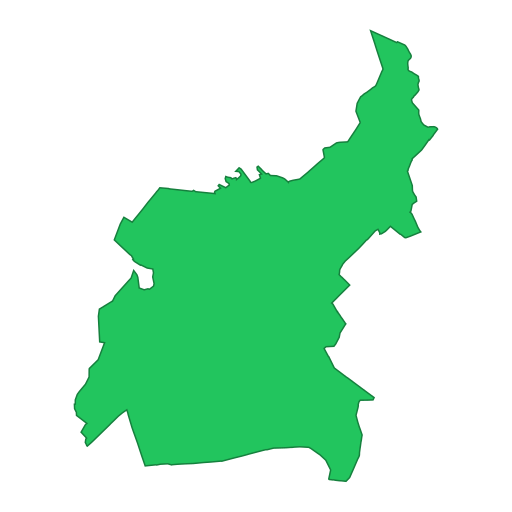 Varakļānu pag., Varaklanu, Latvia
{"feature_id": "27541924B80476747550323", "entity_name": "Varakļānu pag.", "entity_type": "district", "adm_level": 2, "iso_a3": "LVA", "parent_name": "Latvia", "parent_adm1": "Varaklanu", "projection": "albers", "projection_center": [26.71, 56.607], "detail": "fine", "context": "isolated", "style": "filled", "palette": "green", "viewbox_px": 512, "rotation_deg": 0, "n_neighbors": 0, "source": "geoboundaries", "source_scale": "gbopen_adm2", "svg_char_len": 5827}
<svg xmlns="http://www.w3.org/2000/svg" viewBox="0 0 512 512"><path d="M111.8,301.5L99.4,309.1L98.4,316.2L99.7,341.9L104.6,342.7L98.2,359.7L96.5,361.4L89.4,368.4L89.2,369.0L89.1,377.0L86.1,383.0L85.5,384.2L79.3,391.6L77.3,394.4L75.3,399.9L75.3,404.1L74.4,404.2L74.6,408.7L76.4,412.3L76.5,415.4L86.9,423.4L85.4,424.7L81.1,432.2L86.6,438.1L85.8,439.1L85.3,442.4L86.5,444.8L86.7,445.6L87.3,446.1L89.7,444.0L91.5,442.4L93.4,440.6L109.7,424.7L110.6,423.7L112.5,421.9L118.4,416.1L120.5,414.4L122.7,412.6L124.9,411.1L126.8,409.8L127.4,411.7L127.8,412.8L128.2,414.7L128.9,417.0L130.9,423.7L131.9,427.1L133.1,430.6L137.5,442.9L141.6,455.4L145.2,465.9L155.8,464.8L156.6,465.0L160.4,464.2L167.8,463.8L171.7,464.9L172.1,464.7L177.9,464.2L185.5,463.8L193.2,463.5L203.6,462.5L210.8,462.0L220.9,461.1L221.8,461.2L233.5,458.1L238.7,456.8L241.6,456.1L247.5,454.5L248.0,454.3L262.1,450.6L265.7,449.7L267.2,449.7L273.6,448.1L283.6,447.8L286.3,447.7L291.7,447.3L291.8,447.4L294.2,447.1L299.9,446.8L308.8,447.3L311.1,448.6L317.6,453.2L320.1,454.9L325.5,459.9L325.8,460.2L330.6,469.8L330.6,470.0L330.6,470.3L328.8,478.8L328.8,479.1L329.3,479.5L331.2,479.7L332.5,479.9L333.2,479.8L335.9,480.3L339.4,480.7L341.5,480.8L345.1,481.2L346.0,481.3L346.1,481.2L349.3,477.9L349.7,477.4L353.8,468.1L357.8,458.8L357.9,458.6L358.2,458.1L359.0,456.5L359.4,455.1L359.5,452.4L360.1,447.9L360.4,446.1L361.0,441.5L361.2,441.0L361.7,437.3L362.1,435.0L362.0,434.7L360.2,429.4L359.2,426.7L357.7,421.9L356.0,415.3L358.0,407.4L358.3,405.6L358.2,404.4L359.0,401.7L360.2,400.2L367.9,400.1L373.0,399.9L374.1,397.6L361.4,388.2L348.0,378.2L347.9,378.1L346.3,377.1L334.3,368.0L328.7,356.6L328.4,356.5L324.1,348.5L324.2,348.3L326.1,346.7L333.9,346.3L335.7,344.0L339.2,337.3L340.0,333.0L343.9,326.8L344.6,325.6L345.8,323.9L345.5,323.7L344.7,322.3L344.1,321.5L342.3,318.8L342.2,318.7L341.7,318.0L341.0,317.1L339.9,315.3L337.7,312.2L337.6,311.9L337.4,312.1L336.8,311.0L333.0,304.3L332.6,303.8L331.7,303.1L339.7,295.0L349.7,285.1L344.7,280.0L343.9,279.3L341.8,277.2L341.4,277.0L339.1,274.6L339.5,272.7L339.7,269.8L340.5,268.2L342.2,265.3L342.4,264.7L342.8,264.1L345.3,261.0L348.5,258.1L358.8,248.3L362.4,244.5L363.5,243.3L365.5,241.1L366.3,240.1L366.8,240.0L367.9,239.1L375.3,230.8L378.0,229.3L379.5,232.2L379.8,233.0L379.8,234.1L380.4,233.9L381.4,233.8L385.3,231.4L386.7,230.1L390.4,226.3L400.1,234.2L400.9,234.4L404.6,237.5L405.3,237.7L406.0,237.7L410.5,236.1L420.8,231.9L419.7,230.5L417.8,227.2L415.4,221.4L414.1,218.8L412.1,214.4L411.3,213.2L410.0,212.2L410.9,211.1L412.2,204.4L414.1,202.9L416.7,201.2L416.1,197.0L415.2,195.8L414.7,195.1L412.8,191.8L412.5,190.7L412.4,188.8L412.3,185.6L407.4,171.1L408.0,170.5L408.1,169.5L408.6,168.0L409.3,166.5L410.6,163.0L411.3,161.4L412.2,159.9L412.1,158.8L421.6,150.0L425.1,145.2L429.0,139.6L429.5,140.0L433.1,135.5L433.4,134.8L437.6,129.2L437.2,128.5L436.9,128.2L436.6,127.9L436.0,127.5L434.8,126.9L434.4,126.8L433.5,126.7L429.8,126.8L429.3,126.9L428.7,127.1L428.3,127.2L427.9,127.2L426.3,126.3L424.2,125.2L423.8,124.9L422.6,123.6L421.5,122.1L421.0,121.4L420.9,121.0L420.9,120.5L420.5,119.1L420.4,118.6L419.9,117.4L419.3,115.8L418.8,114.3L418.7,112.5L418.8,110.6L418.7,110.0L412.4,102.9L412.2,102.4L411.6,100.3L411.5,99.8L411.6,99.4L411.9,98.9L412.2,98.3L413.2,97.4L413.7,96.7L413.9,96.3L414.0,96.0L414.6,95.5L415.1,95.1L417.7,92.1L418.9,90.2L419.0,89.6L418.8,88.8L418.5,87.9L418.3,86.9L417.9,84.6L418.2,83.4L418.3,82.8L418.8,81.8L419.1,81.1L419.1,80.7L419.0,79.8L418.6,78.8L418.4,77.4L418.4,76.5L418.4,76.4L418.2,76.2L416.6,75.1L414.1,73.7L412.0,72.2L411.4,71.9L410.3,71.5L409.5,71.2L408.6,70.5L408.0,69.5L407.9,69.2L408.0,68.8L408.2,68.1L407.8,64.9L407.7,63.2L407.9,61.6L408.1,60.8L408.5,60.2L409.0,59.7L409.7,59.1L410.4,58.4L410.8,57.8L411.0,57.3L411.2,56.3L411.1,55.5L410.5,54.1L409.9,53.2L408.9,51.5L407.7,49.0L406.1,46.5L405.4,45.6L404.7,45.0L397.5,41.8L396.7,42.6L384.3,36.9L370.6,30.7L371.7,34.1L374.9,43.9L375.8,46.9L376.2,48.0L376.5,49.1L380.3,60.7L382.9,68.5L382.9,69.5L382.2,70.9L381.9,71.4L376.9,83.3L376.0,85.2L375.6,85.9L374.7,86.6L372.5,87.9L370.7,89.4L366.7,92.4L364.2,93.9L361.7,96.1L360.9,96.6L360.6,96.9L358.7,100.4L358.1,101.6L357.2,103.3L356.0,110.8L356.0,111.4L357.5,115.3L360.1,122.1L360.1,122.8L355.9,129.5L351.8,135.6L350.2,138.0L348.0,141.4L347.6,141.8L347.1,141.9L339.9,142.3L338.4,142.5L336.5,142.9L330.0,147.3L325.1,147.9L324.7,148.0L323.2,149.4L323.0,149.8L324.4,157.2L324.4,157.5L324.0,158.2L317.3,163.9L312.6,168.1L309.4,170.9L308.0,172.2L299.7,179.1L293.0,180.3L289.9,181.1L288.3,181.8L288.3,182.2L285.0,179.2L283.9,178.5L282.5,177.8L276.6,175.8L270.4,175.5L268.3,173.4L266.4,173.8L266.1,173.9L264.3,172.3L262.3,170.4L261.3,169.2L258.2,166.2L257.0,167.1L257.4,169.6L257.4,169.8L261.6,174.0L259.4,174.7L260.5,178.1L260.2,178.4L255.2,181.1L252.0,182.4L251.7,182.5L250.6,182.4L250.1,181.3L249.7,180.7L244.6,173.8L241.1,169.1L239.1,167.8L235.8,171.3L238.9,171.6L240.9,174.0L240.9,175.1L240.5,176.1L238.6,177.9L236.6,179.5L236.6,178.7L235.8,177.7L233.3,178.4L232.0,178.9L230.8,177.7L227.7,177.2L225.8,176.5L225.2,178.6L226.1,181.6L229.0,183.5L229.3,185.0L225.8,187.7L219.2,184.5L218.2,185.8L220.5,188.2L214.9,191.3L214.6,192.2L214.7,192.9L215.0,193.6L195.7,191.7L193.6,190.4L193.5,190.5L192.2,191.3L190.1,191.2L189.9,191.1L175.3,189.5L169.6,188.9L168.4,188.5L159.8,187.8L158.3,189.9L156.5,191.9L155.8,192.9L148.1,202.2L145.0,206.2L143.1,208.7L138.0,215.0L135.2,218.4L132.2,222.2L123.9,217.3L120.3,224.0L114.3,239.9L120.3,245.6L129.7,254.4L131.5,255.7L132.6,257.8L133.5,259.1L132.8,259.6L134.4,261.4L140.4,265.2L140.8,264.9L147.1,268.0L152.8,269.0L153.5,272.9L152.7,276.9L154.1,283.7L153.5,286.2L149.4,289.3L148.0,288.8L144.2,289.8L139.2,288.0L137.8,277.3L136.9,274.8L133.7,270.5L131.1,278.1L128.4,281.0L115.2,295.7L112.5,301.2L112.3,301.1L111.8,301.5Z" fill="#22c55e" stroke="#15803d" stroke-width="1.5"/></svg>